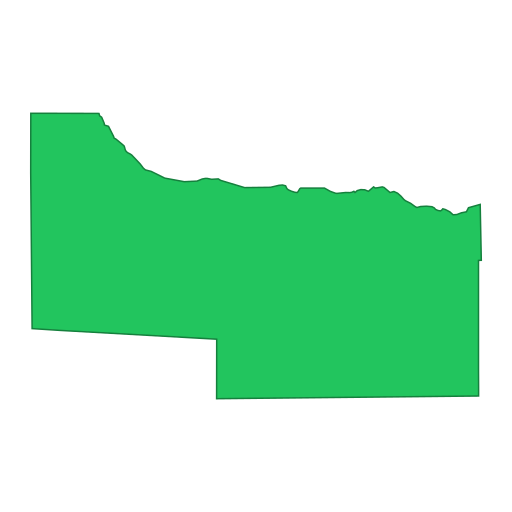 map outline of Kavango (Mercator projection)
{"feature_id": "NAM-3354", "entity_name": "Kavango", "entity_type": "Region", "adm_level": 1, "iso_a3": "NAM", "parent_name": "Namibia", "parent_adm1": "", "projection": "mercator", "projection_center": [19.863, -18.289], "detail": "fine", "context": "isolated", "style": "filled", "palette": "green", "viewbox_px": 512, "rotation_deg": 0, "n_neighbors": 0, "source": "natural_earth", "source_scale": "10m", "svg_char_len": 1561}
<svg xmlns="http://www.w3.org/2000/svg" viewBox="0 0 512 512"><path d="M30.8,113.3L51.1,113.3L89.7,113.4L97.8,113.4L99.0,113.5L99.2,114.4L99.7,115.9L100.7,116.5L101.7,117.3L104.2,123.3L104.4,124.9L104.9,125.2L108.5,126.3L113.6,136.4L114.1,138.1L116.1,139.2L124.0,145.8L124.5,147.0L125.2,149.7L126.0,151.2L127.5,152.6L130.2,154.0L131.7,155.0L140.3,164.1L143.3,168.1L145.4,169.9L151.2,171.4L164.7,178.1L184.3,181.7L197.0,181.1L202.2,179.0L205.4,178.4L207.1,178.4L211.6,179.3L218.3,178.9L220.7,180.4L244.6,187.6L270.5,187.3L279.0,185.3L282.5,185.0L285.6,185.8L286.9,188.6L288.3,189.8L291.4,191.2L294.9,192.3L297.3,192.5L298.0,191.7L299.8,188.7L300.7,188.1L324.5,188.1L330.2,191.3L335.4,193.2L336.9,193.4L345.7,192.5L349.8,192.6L351.8,192.3L353.9,191.3L355.0,192.5L357.2,190.6L360.8,189.6L364.8,189.8L368.4,191.3L373.6,186.9L375.2,188.0L377.3,187.8L382.3,186.9L384.1,187.5L390.0,192.5L393.9,191.5L397.6,193.2L401.0,196.2L403.9,199.5L405.4,200.7L410.6,203.3L415.0,206.5L416.9,207.5L420.7,206.5L426.6,206.2L432.0,206.7L434.4,208.0L435.5,209.4L438.0,210.5L440.5,210.9L441.6,210.2L442.8,208.8L445.3,209.5L449.8,211.8L453.1,214.8L457.0,214.5L461.4,212.8L466.4,211.8L468.5,207.7L480.2,204.4L481.3,260.3L478.5,260.4L478.5,264.9L478.5,271.4L478.5,277.9L478.5,284.4L478.5,290.9L478.5,297.4L478.5,303.8L478.5,310.3L478.5,316.8L478.5,323.3L478.5,329.8L478.5,336.3L478.5,342.7L478.5,349.2L478.5,355.7L478.5,362.2L478.5,368.7L478.6,388.6L478.6,396.0L216.6,398.7L216.7,339.2L60.0,330.4L32.1,328.6L30.7,172.8L30.8,113.3Z" fill="#22c55e" stroke="#15803d" stroke-width="1.5"/></svg>